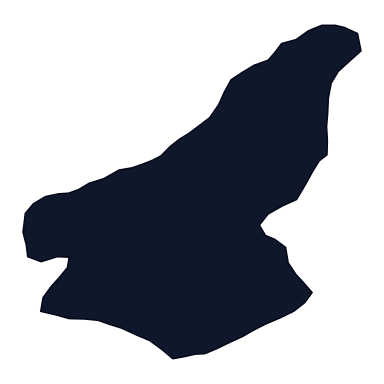 the district of Olímpio Noronha, Minas Gerais, Brazil
{"feature_id": "56859067B75972300711014", "entity_name": "Olímpio Noronha", "entity_type": "district", "adm_level": 2, "iso_a3": "BRA", "parent_name": "Brazil", "parent_adm1": "Minas Gerais", "projection": "mercator", "projection_center": [-45.284, -22.085], "detail": "fine", "context": "isolated", "style": "filled", "palette": "ink", "viewbox_px": 384, "rotation_deg": 0, "n_neighbors": 0, "source": "geoboundaries", "source_scale": "gbopen_adm2", "svg_char_len": 1147}
<svg xmlns="http://www.w3.org/2000/svg" viewBox="0 0 384 384"><path d="M357.5,33.5L344.5,27.5L335.2,25.3L321.8,25.3L308.5,30.7L296.0,39.6L281.6,43.5L274.9,52.4L268.1,60.2L254.2,65.2L243.0,71.9L231.1,79.7L224.3,92.1L218.6,104.7L209.8,117.5L201.1,124.2L189.3,133.1L179.4,139.2L170.6,146.1L160.9,155.9L152.1,160.4L142.2,164.3L132.0,167.8L119.1,170.0L103.4,178.8L89.2,183.2L78.7,189.5L68.5,193.2L58.6,193.8L45.4,196.6L33.3,203.8L25.3,213.3L23.0,232.2L26.3,245.0L27.7,256.7L41.1,261.7L57.2,256.7L69.1,257.2L67.5,267.4L59.8,276.9L51.4,286.2L43.1,297.5L40.7,311.4L55.2,314.7L69.1,318.6L84.6,319.0L98.0,320.3L108.9,324.2L121.5,328.1L135.6,334.6L149.9,340.7L162.3,349.8L172.8,358.7L185.1,356.5L195.3,354.2L204.8,353.7L216.6,348.7L230.5,342.0L242.8,336.4L252.2,330.9L265.7,324.0L280.1,317.9L293.8,311.2L304.9,302.5L312.1,292.5L302.9,281.9L296.0,274.5L288.2,262.8L285.6,247.4L274.9,239.4L265.5,235.5L259.4,225.1L268.1,214.0L282.2,206.0L296.6,199.5L305.9,183.8L312.9,171.0L319.3,160.8L327.0,154.8L327.4,140.9L326.6,126.6L327.6,114.2L328.4,97.9L331.2,83.2L338.2,71.5L348.7,61.9L361.0,50.9L357.5,33.5Z" fill="#0f172a" stroke="#020617" stroke-width="1.5"/></svg>